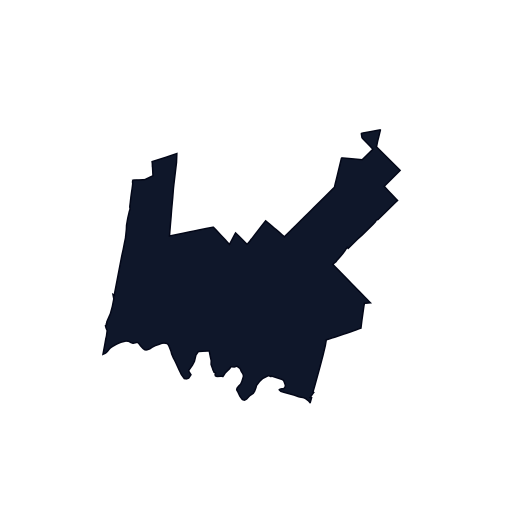 outline of Branesti, Ilfov, Romania, rotated 314°
{"feature_id": "2599482B5534804098776", "entity_name": "Branesti", "entity_type": "district", "adm_level": 2, "iso_a3": "ROU", "parent_name": "Romania", "parent_adm1": "Ilfov", "projection": "natural_earth1", "projection_center": [26.368, 44.46], "detail": "fine", "context": "isolated", "style": "filled", "palette": "ink", "viewbox_px": 512, "rotation_deg": 314, "n_neighbors": 0, "source": "geoboundaries", "source_scale": "gbopen_adm2", "svg_char_len": 5966}
<svg xmlns="http://www.w3.org/2000/svg" viewBox="0 0 512 512"><g transform="rotate(314 256 256)"><path d="M274.7,127.9L269.3,125.1L264.4,122.6L251.7,115.7L251.1,116.4L250.5,117.2L250.0,117.7L249.2,118.5L248.4,119.3L247.9,120.0L246.4,121.6L245.5,122.6L244.8,123.3L242.5,125.8L242.3,126.0L242.2,126.1L241.9,126.1L241.5,125.9L239.9,125.3L238.7,124.8L237.7,124.5L237.0,124.2L235.7,123.7L234.8,123.4L234.3,123.2L234.2,123.2L233.7,122.9L233.1,122.5L232.9,122.3L232.7,122.0L231.8,121.2L230.7,120.2L228.9,118.5L228.6,118.1L228.3,117.9L227.7,117.2L225.9,115.5L225.7,115.3L225.3,115.0L225.1,114.9L225.1,115.0L224.9,115.0L224.7,115.1L224.4,115.2L223.8,115.5L223.5,115.7L223.1,116.2L222.8,116.6L222.5,117.0L222.1,117.3L220.4,118.6L218.5,120.0L217.7,120.6L216.8,121.2L213.5,123.6L212.0,124.7L211.2,125.3L210.5,125.9L209.5,126.6L208.6,127.3L206.8,128.7L206.1,129.2L204.0,130.8L203.7,131.1L203.3,131.5L203.0,132.0L202.7,132.4L202.2,132.8L201.7,133.1L199.9,134.0L197.6,135.4L194.9,137.0L193.2,138.1L188.2,141.5L187.3,142.3L186.4,143.1L185.3,144.1L183.8,145.3L183.0,145.9L180.5,147.9L180.1,148.2L179.0,149.0L178.6,149.4L177.2,150.3L174.8,151.8L168.5,155.9L165.7,157.6L163.1,159.2L130.0,180.8L129.4,181.5L129.0,179.8L126.4,183.5L121.0,187.0L120.1,187.6L113.4,191.3L106.6,193.8L106.4,193.9L104.7,194.6L103.7,195.7L103.3,195.6L103.3,196.1L103.0,196.2L102.9,196.1L102.3,196.1L101.3,196.1L100.1,198.1L100.0,198.4L99.7,198.9L99.6,199.3L99.3,199.9L99.3,200.0L99.1,200.5L98.9,200.9L98.5,201.1L97.3,202.0L95.1,203.6L94.8,203.9L93.1,204.9L92.5,205.2L90.9,206.3L86.0,209.6L79.0,214.2L80.0,214.6L80.9,215.0L82.1,215.3L84.1,215.4L87.0,215.1L88.8,215.1L91.2,215.6L95.3,216.8L97.2,217.5L98.6,218.1L100.2,218.8L104.5,221.5L106.2,223.7L106.9,226.3L107.8,228.2L110.9,230.2L111.1,230.3L111.6,231.0L111.7,232.3L111.2,235.3L111.0,238.5L111.0,239.2L111.2,240.7L111.4,241.4L112.5,242.6L115.4,244.1L118.4,244.7L121.6,245.8L125.0,247.6L127.4,248.7L128.6,249.5L129.6,250.5L130.1,251.1L131.3,253.0L131.3,253.9L131.1,254.9L130.6,256.3L128.5,260.9L128.1,261.6L127.0,263.3L125.3,267.3L124.5,269.9L123.3,273.1L120.7,279.7L120.0,281.7L118.9,284.6L118.0,289.6L119.4,291.4L121.4,292.4L125.4,291.7L126.4,287.6L127.3,287.0L128.8,286.8L133.3,286.1L137.4,284.9L143.0,281.6L147.2,280.9L151.1,284.4L155.2,288.3L151.5,293.6L149.6,296.5L146.8,299.0L145.6,301.4L144.4,303.9L144.2,304.0L143.9,305.0L143.2,306.6L143.8,308.0L143.8,308.3L143.4,308.3L142.8,308.7L142.2,309.0L141.6,310.1L142.0,311.2L142.6,312.0L145.5,314.6L146.3,315.9L147.6,315.7L150.5,315.1L154.2,315.2L156.1,315.3L157.4,315.2L159.0,314.9L161.1,317.5L163.5,318.8L164.0,322.7L162.7,325.8L162.4,327.4L161.7,329.4L160.5,330.7L155.7,333.1L153.1,334.0L150.4,333.9L147.7,334.2L146.3,335.1L145.6,337.5L144.0,341.7L143.3,345.5L143.5,346.5L144.3,347.9L146.6,348.6L151.0,348.5L155.3,349.4L157.8,348.9L161.3,347.4L163.2,346.3L168.2,345.7L172.5,345.9L178.0,347.8L178.7,348.2L179.6,350.4L180.2,350.2L181.2,352.1L185.2,360.3L185.5,361.4L185.6,362.3L185.1,363.6L183.4,367.0L181.8,368.0L179.5,368.1L178.6,366.9L176.9,365.8L175.9,365.7L175.9,367.9L177.3,370.7L180.8,377.1L182.5,380.2L184.2,384.1L185.0,385.5L187.0,388.4L187.8,390.4L188.3,394.4L188.1,396.5L187.7,397.1L192.7,394.4L192.5,394.1L192.0,393.2L196.3,392.5L198.0,392.3L197.8,391.4L202.4,389.0L211.4,384.1L217.8,380.6L220.9,378.9L230.9,373.3L235.3,370.7L239.7,368.1L244.5,364.8L247.2,366.3L249.8,367.6L252.5,369.2L260.8,373.4L263.3,374.8L267.2,376.8L269.9,378.1L272.7,379.5L273.9,380.0L276.0,381.0L277.0,381.6L283.1,377.0L295.5,368.0L296.5,367.4L297.3,366.8L299.0,368.4L301.8,370.8L301.8,367.9L301.9,366.9L302.0,362.0L302.1,359.9L302.2,356.4L302.3,351.8L302.3,350.7L302.4,349.1L302.5,343.9L302.7,339.4L302.8,336.1L303.0,328.4L303.1,325.9L303.1,324.8L303.2,321.1L303.2,320.1L303.3,317.1L305.5,317.2L306.0,317.3L307.4,317.5L308.2,317.4L309.0,317.2L310.6,317.2L314.6,317.0L318.6,316.7L319.9,316.5L321.5,316.3L322.9,316.0L325.6,315.5L325.5,317.0L338.7,317.3L344.7,317.8L360.2,318.2L363.7,318.1L364.8,317.7L365.7,317.7L366.9,318.4L381.5,318.8L389.8,319.0L394.3,319.2L394.3,317.5L394.5,313.5L394.6,311.1L394.7,307.8L394.8,305.6L395.0,302.6L395.2,299.8L406.1,300.0L411.3,300.1L416.0,300.2L417.7,300.2L418.2,266.6L418.6,266.6L419.4,266.1L423.3,263.6L426.5,261.8L430.9,259.2L433.0,258.0L433.0,257.7L430.8,256.1L425.4,252.3L419.6,248.1L419.1,247.7L417.6,246.8L417.4,246.7L417.2,246.8L417.0,247.0L416.7,247.4L415.0,249.7L414.8,250.0L414.7,250.5L414.6,250.9L414.5,254.3L414.3,260.7L414.3,261.0L414.2,263.2L414.1,263.5L414.1,265.7L414.0,265.8L413.9,265.9L412.4,265.9L410.3,265.8L408.9,265.8L406.5,265.7L405.8,265.7L405.1,265.7L402.5,265.6L399.0,265.5L391.4,256.0L386.6,250.1L386.1,249.6L385.8,249.6L385.6,249.6L369.6,259.0L364.6,261.9L363.7,262.4L361.2,263.9L360.4,264.4L359.9,264.7L357.7,264.6L346.2,264.4L330.7,264.0L327.7,264.0L320.0,263.8L317.0,263.7L316.0,263.7L315.0,263.7L313.0,263.6L312.4,263.6L311.1,263.6L306.1,263.5L305.9,263.5L305.6,263.5L305.1,263.5L304.0,263.4L301.8,263.4L301.0,263.3L300.6,263.3L297.9,263.3L295.2,263.2L294.5,263.2L294.1,263.2L293.8,263.2L292.2,263.1L291.2,263.1L289.5,263.1L289.5,262.8L289.5,262.0L289.4,261.1L289.4,260.7L289.3,259.8L289.3,259.2L289.3,257.8L289.2,255.4L289.1,253.8L289.0,252.2L288.9,251.3L288.8,250.5L288.7,249.5L288.6,246.9L288.5,245.4L288.4,243.6L288.3,242.6L288.0,238.5L281.0,239.2L276.6,239.7L273.9,240.0L272.0,240.2L265.4,241.0L264.9,240.9L264.4,241.0L264.0,241.0L263.7,241.1L263.3,241.2L261.8,241.3L261.1,241.4L260.1,241.4L259.0,241.5L258.2,241.4L258.2,240.9L258.2,240.3L258.2,239.2L258.3,235.6L258.4,229.7L258.4,225.3L256.8,225.7L251.7,227.2L250.0,227.7L247.9,228.3L245.9,228.9L246.0,226.4L246.1,225.3L246.1,224.6L246.3,223.2L246.5,217.9L246.6,215.6L247.0,209.3L247.1,205.4L247.0,205.2L241.0,200.9L239.8,200.1L234.3,196.3L233.2,195.6L230.4,193.7L229.0,192.7L227.3,191.5L221.5,187.6L217.9,185.1L210.3,179.9L212.8,177.8L220.5,171.5L224.7,168.1L230.6,163.2L240.2,155.5L247.1,149.8L250.3,147.3L268.1,133.8L274.7,127.9Z" fill="#0f172a" stroke="#020617" stroke-width="1.5"/></g></svg>